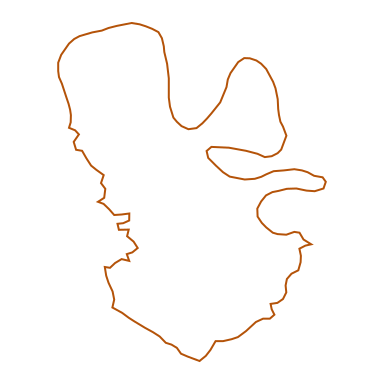 the district of Cruzeiro do Iguaçu, Paraná, Brazil
{"feature_id": "56859067B4540369409073", "entity_name": "Cruzeiro do Iguaçu", "entity_type": "district", "adm_level": 2, "iso_a3": "BRA", "parent_name": "Brazil", "parent_adm1": "Paraná", "projection": "mercator", "projection_center": [-53.122, -25.597], "detail": "fine", "context": "isolated", "style": "outline", "palette": "amber", "viewbox_px": 384, "rotation_deg": 0, "n_neighbors": 0, "source": "geoboundaries", "source_scale": "gbopen_adm2", "svg_char_len": 2179}
<svg xmlns="http://www.w3.org/2000/svg" viewBox="0 0 384 384"><path d="M112.4,307.5L122.2,312.9L128.8,317.8L134.4,321.4L145.0,327.8L153.0,332.2L159.7,336.5L165.8,342.8L171.5,344.6L176.9,347.9L181.0,353.7L187.5,356.5L199.5,361.0L205.8,355.9L210.4,350.0L215.6,341.1L223.2,341.1L231.6,339.2L237.9,337.1L246.0,331.1L255.9,322.0L263.0,318.7L269.8,318.7L274.4,314.7L271.7,309.3L270.6,303.9L277.4,302.9L283.0,299.0L286.3,292.4L285.6,285.5L286.9,279.0L291.5,273.7L298.3,270.3L300.6,262.2L300.9,255.8L299.4,248.7L305.4,245.6L311.2,244.3L303.5,239.5L299.5,232.7L294.3,231.9L286.3,234.7L277.6,234.1L272.8,232.7L266.2,227.4L261.8,222.9L257.6,216.6L257.3,208.6L261.1,201.5L266.0,195.4L272.4,192.1L278.5,190.9L286.9,188.8L296.4,188.5L306.5,190.6L314.7,191.2L323.5,188.5L325.8,181.8L322.6,177.3L314.1,175.8L307.6,172.2L301.9,170.4L294.3,169.2L283.9,170.4L273.6,171.2L266.3,174.3L261.3,176.8L254.8,178.8L244.7,179.5L229.7,176.6L223.0,172.2L216.1,165.8L208.2,157.9L206.6,151.0L211.4,146.9L228.9,147.7L246.0,150.8L257.5,153.8L264.8,157.1L271.7,156.2L277.6,153.2L281.2,149.6L286.4,135.7L283.0,126.6L280.4,121.7L279.0,115.1L278.2,109.1L277.7,99.1L275.5,88.3L273.1,81.8L266.2,69.0L261.1,63.7L256.4,60.5L249.8,58.3L244.2,58.1L238.2,62.1L230.5,73.1L227.8,79.5L226.5,87.1L220.2,102.4L211.4,113.4L207.1,118.4L202.5,123.2L196.5,128.1L188.4,129.2L181.5,126.1L176.9,121.8L173.4,117.6L170.0,106.7L168.8,97.6L168.8,78.3L167.1,63.8L164.3,52.0L163.8,46.3L161.9,38.2L158.4,32.1L152.1,28.8L145.8,26.3L139.6,24.3L131.6,23.0L116.8,25.9L108.5,28.0L101.8,30.6L92.3,32.4L79.6,36.1L74.2,39.0L69.0,43.6L61.2,54.8L58.2,62.7L58.2,71.1L59.0,77.1L61.9,83.7L66.4,97.4L68.6,103.9L70.1,109.7L70.9,115.1L70.7,122.3L69.0,127.8L75.1,130.3L78.9,134.4L73.7,141.9L76.1,149.8L82.1,150.8L86.4,158.3L91.1,165.6L96.3,169.8L103.7,175.1L101.0,183.1L105.3,188.8L104.2,197.8L98.0,201.8L103.6,203.9L109.1,209.2L114.2,215.0L121.6,214.5L129.3,213.5L129.2,220.5L123.2,223.2L117.5,223.8L118.9,229.8L128.7,229.6L127.1,236.2L133.6,241.6L137.7,248.0L132.3,252.4L126.8,254.1L129.2,260.9L121.6,259.1L115.1,263.0L110.0,267.8L104.8,267.0L106.2,275.7L108.5,282.7L112.6,291.5L114.2,299.6L112.4,307.5Z" fill="none" stroke="#b45309" stroke-width="2"/></svg>